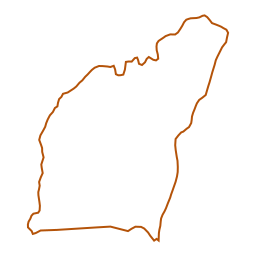 outline of Bacurituba, Maranhão, Brazil
{"feature_id": "56859067B48113685319098", "entity_name": "Bacurituba", "entity_type": "district", "adm_level": 2, "iso_a3": "BRA", "parent_name": "Brazil", "parent_adm1": "Maranhão", "projection": "equal_earth", "projection_center": [-44.686, -2.691], "detail": "fine", "context": "isolated", "style": "outline", "palette": "amber", "viewbox_px": 256, "rotation_deg": 0, "n_neighbors": 0, "source": "geoboundaries", "source_scale": "gbopen_adm2", "svg_char_len": 2027}
<svg xmlns="http://www.w3.org/2000/svg" viewBox="0 0 256 256"><path d="M113.7,65.8L110.4,67.0L107.4,66.5L102.8,66.1L99.0,66.0L94.7,67.7L91.9,69.9L89.6,72.3L87.6,74.5L85.2,76.8L82.3,80.4L79.5,82.7L76.3,86.5L73.7,88.6L67.7,92.5L63.0,93.8L61.4,96.9L59.1,99.1L58.0,102.8L57.4,106.4L54.9,108.0L52.9,112.0L49.9,115.3L47.7,119.5L46.2,123.2L45.2,126.8L43.1,130.7L40.4,135.4L39.2,139.9L41.1,145.0L42.1,148.0L42.2,151.9L43.6,157.4L42.4,161.1L41.3,164.5L41.7,167.7L42.7,173.1L40.8,177.3L39.1,182.0L39.7,185.7L39.0,189.3L38.3,192.1L38.4,195.1L38.9,198.5L39.4,201.8L39.9,205.8L39.6,210.5L38.2,212.7L33.4,213.7L31.5,215.7L30.3,218.8L28.6,221.6L27.9,224.5L28.0,227.4L31.7,231.1L32.8,233.9L35.8,233.0L40.6,230.5L57.1,229.9L93.5,227.6L96.7,227.4L110.4,226.6L128.0,231.1L131.5,228.8L135.4,226.7L141.1,226.9L144.2,228.5L148.1,232.5L150.2,235.7L154.1,240.6L156.6,238.9L158.6,240.5L158.9,233.0L159.4,229.7L160.3,225.9L160.7,221.6L161.1,218.5L162.6,214.7L164.5,211.4L166.0,208.2L167.9,203.2L170.2,197.6L171.1,194.5L172.7,190.1L175.6,181.8L177.0,176.4L177.7,172.0L177.8,166.9L177.5,160.8L176.8,157.2L175.7,150.1L175.2,145.2L175.6,139.0L178.4,135.4L181.2,132.4L183.3,131.6L186.7,128.7L189.0,127.1L191.2,123.1L191.7,119.8L192.0,116.5L193.1,112.8L194.7,108.9L195.7,106.2L196.9,103.3L199.2,99.9L202.2,97.8L205.7,95.0L206.8,91.2L208.3,86.1L209.5,82.4L211.0,77.1L212.3,72.3L214.6,64.9L215.8,60.2L217.4,56.7L222.1,47.3L224.3,44.4L226.1,42.2L227.0,37.5L228.1,32.8L226.4,29.7L223.2,28.0L221.3,26.8L219.3,25.9L216.3,24.7L212.0,23.1L209.8,20.2L207.2,17.1L204.6,15.4L202.5,15.8L199.3,17.4L196.5,18.0L190.7,18.3L188.6,18.9L186.3,19.7L184.1,22.2L182.3,25.7L180.4,28.8L177.9,32.5L175.1,34.5L170.2,34.4L165.6,36.1L163.7,37.5L158.6,40.9L156.9,43.4L156.5,46.5L156.7,50.2L157.8,54.5L158.2,58.7L156.0,60.4L153.3,59.8L148.8,57.0L146.7,58.9L145.0,62.3L142.0,65.0L139.0,63.8L138.1,60.1L137.1,57.6L134.8,58.1L131.7,61.6L128.7,61.5L125.9,61.9L124.9,69.6L123.3,74.6L120.6,75.2L118.3,75.3L115.9,74.2L115.1,69.4L113.7,65.8Z" fill="none" stroke="#b45309" stroke-width="2"/></svg>